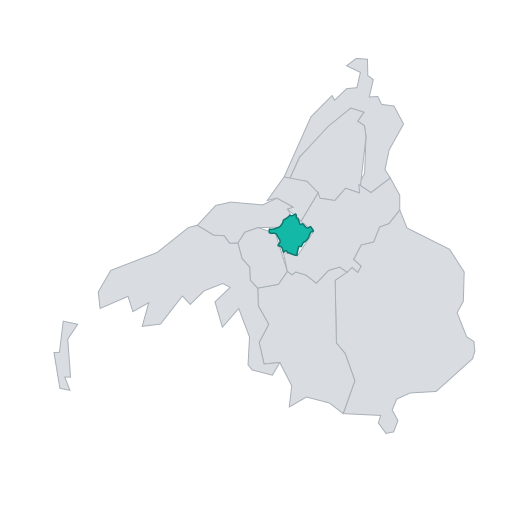 Kosovo and the surrounding countries, rotated 85°
{"feature_id": "XKX", "entity_name": "Kosovo", "entity_type": "country or territory", "adm_level": 0, "iso_a3": "XKX", "parent_name": "Europe", "parent_adm1": "", "projection": "equal_earth", "projection_center": [20.84, 42.557], "detail": "fine", "context": "with_neighbors", "style": "filled", "palette": "teal", "viewbox_px": 512, "rotation_deg": 85, "n_neighbors": 9, "source": "natural_earth", "source_scale": "50m", "svg_char_len": 4178}
<svg xmlns="http://www.w3.org/2000/svg" viewBox="0 0 512 512"><g transform="rotate(85 256 256)"><path d="M410.7,128.2L421.4,133.8L432.3,128.9L443.2,134.2L444.1,142.0L433.0,148.6L425.7,145.7L420.6,182.9L388.9,168.4L361.1,175.6L349.6,183.5L287.1,179.3L275.7,161.2L281.2,156.0L275.3,152.2L267.9,159.1L254.1,150.2L252.2,137.6L237.8,130.4L235.2,120.7L222.6,108.8L241.3,103.1L266.2,62.6L290.1,50.0L319.2,53.4L330.0,60.6L354.8,53.2L360.3,46.3L370.0,46.3L377.2,49.2L406.6,88.3L405.9,114.4L410.7,128.2Z" fill="#d9dde1" stroke="#a8b0b8" stroke-width="1"/><path d="M280.1,166.6L287.1,179.3L349.6,183.5L361.1,175.6L388.9,168.4L420.6,182.9L408.8,195.7L400.9,218.1L409.3,236.0L388.4,231.7L364.2,241.6L364.3,257.4L342.4,260.4L325.2,249.3L306.0,258.0L288.1,257.1L286.2,236.2L274.0,226.1L277.9,221.7L275.3,218.0L279.3,208.0L288.3,198.3L276.6,184.9L274.3,173.6L280.1,166.6Z" fill="#d9dde1" stroke="#a8b0b8" stroke-width="1"/><path d="M373.6,453.1L370.7,462.9L334.6,465.7L334.8,460.2L304.1,453.7L308.5,439.6L322.4,450.8L360.5,451.3L360.0,457.0L373.6,453.1ZM288.1,257.1L306.0,258.0L325.2,249.3L342.4,260.4L364.3,257.4L364.2,241.6L376.2,250.0L369.2,269.8L363.6,273.4L336.1,269.5L306.8,277.8L324.0,295.7L298.1,300.9L285.0,284.5L280.5,291.5L286.1,310.6L298.5,325.7L289.4,332.8L315.5,357.1L316.2,375.5L293.2,366.9L300.7,383.5L285.0,387.0L294.7,415.9L278.1,416.3L257.7,402.0L243.9,354.2L221.8,320.9L220.2,311.7L231.6,296.2L233.0,285.8L240.9,281.2L241.4,272.8L257.3,270.0L266.5,263.1L279.6,263.7L288.1,257.1Z" fill="#d9dde1" stroke="#a8b0b8" stroke-width="1"/><path d="M241.4,272.8L240.9,281.2L233.0,285.8L231.6,296.2L220.2,311.7L202.1,291.7L200.1,276.5L205.7,245.0L200.1,230.0L210.6,214.6L212.1,220.5L218.6,217.7L229.4,229.3L227.9,251.5L231.4,265.1L241.4,272.8Z" fill="#d9dde1" stroke="#a8b0b8" stroke-width="1"/><path d="M137.4,97.5L161.9,114.1L181.2,120.0L190.0,115.4L202.9,135.9L193.8,147.4L183.2,140.6L146.7,136.0L135.7,136.6L130.5,143.0L122.2,136.0L116.9,148.7L161.4,204.0L182.4,215.8L179.7,221.1L122.1,189.1L102.8,166.3L107.6,164.0L97.2,151.1L97.1,140.8L82.2,136.0L74.4,149.2L67.9,138.9L69.7,127.8L86.0,128.9L90.5,123.8L107.5,129.3L107.7,120.8L115.9,117.7L118.6,105.5L137.4,97.5Z" fill="#d9dde1" stroke="#a8b0b8" stroke-width="1"/><path d="M182.4,215.8L161.4,204.0L133.0,172.6L116.9,148.7L122.2,136.0L130.5,143.0L135.7,136.6L146.7,136.0L202.3,147.3L196.3,160.8L207.6,172.6L204.0,187.2L186.1,198.6L182.4,215.8Z" fill="#d9dde1" stroke="#a8b0b8" stroke-width="1"/><path d="M274.0,226.1L286.2,236.2L288.1,257.1L279.6,263.7L266.5,263.1L257.3,270.0L241.4,272.8L231.4,265.1L227.9,251.5L235.2,234.6L274.0,226.1Z" fill="#d9dde1" stroke="#a8b0b8" stroke-width="1"/><path d="M190.0,115.4L208.0,107.5L222.6,108.8L235.2,120.7L237.8,130.4L252.2,137.6L254.1,150.2L267.9,159.1L275.3,152.2L281.2,156.0L275.7,161.2L280.1,166.6L274.3,173.6L276.6,184.9L288.3,198.3L279.3,208.0L275.3,218.0L277.9,221.7L274.0,226.1L254.7,228.5L259.4,214.8L236.4,196.4L223.1,210.7L225.1,208.0L198.4,188.6L204.0,187.2L207.6,172.6L196.3,160.8L202.3,147.3L193.8,147.4L202.9,135.9L190.0,115.4Z" fill="#d9dde1" stroke="#a8b0b8" stroke-width="1"/><path d="M225.1,208.0L212.1,220.5L210.6,214.6L200.1,230.0L201.7,240.0L179.7,221.1L186.1,198.6L198.4,188.6L225.1,208.0Z" fill="#d9dde1" stroke="#a8b0b8" stroke-width="1"/><path d="M225.2,210.2L228.2,209.3L228.6,208.6L227.9,207.2L228.3,206.3L231.9,203.8L232.5,202.7L232.7,201.8L232.2,200.8L231.5,199.3L231.9,198.7L233.7,197.8L235.2,196.8L236.1,196.7L236.7,197.5L236.7,198.2L237.1,199.5L238.3,200.1L240.1,201.2L242.2,202.0L243.9,203.5L246.2,206.2L246.5,207.6L248.6,208.8L250.5,210.1L250.2,212.6L256.7,214.8L258.2,214.8L258.9,215.2L258.9,215.7L258.4,217.5L255.7,222.9L255.5,224.0L253.6,225.2L253.3,225.9L253.9,227.4L254.4,228.4L250.2,229.3L248.9,230.3L248.0,232.1L247.8,233.0L247.1,233.1L245.8,232.1L244.3,230.7L242.3,230.8L235.6,234.0L234.9,235.6L234.7,239.2L234.3,240.2L233.5,240.8L230.7,240.4L230.4,240.2L230.8,238.8L230.7,235.8L229.4,230.8L228.5,229.2L226.7,227.6L225.2,226.5L222.6,225.5L221.3,222.8L219.4,219.7L218.4,219.0L218.6,218.7L219.1,216.4L218.5,214.7L217.6,213.2L218.2,212.4L220.0,212.4L221.5,212.5L222.1,211.1L225.2,210.2Z" fill="#14b8a6" stroke="#0f766e" stroke-width="1.5"/></g></svg>